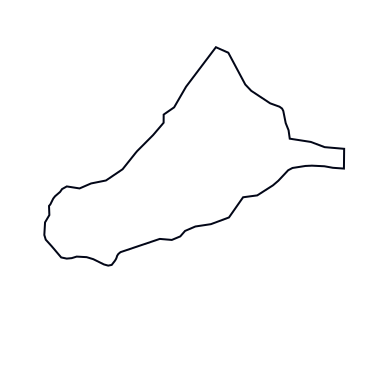 an SVG outline of Chirang, rotated 38°
{"feature_id": "BTN-2481", "entity_name": "Chirang", "entity_type": "District", "adm_level": 1, "iso_a3": "BTN", "parent_name": "Bhutan", "parent_adm1": "", "projection": "orthographic", "projection_center": [90.138, 26.993], "detail": "fine", "context": "isolated", "style": "outline", "palette": "ink", "viewbox_px": 384, "rotation_deg": 38, "n_neighbors": 0, "source": "natural_earth", "source_scale": "10m", "svg_char_len": 989}
<svg xmlns="http://www.w3.org/2000/svg" viewBox="0 0 384 384"><g transform="rotate(38 192 192)"><path d="M134.9,59.9L167.8,74.5L176.4,75.8L199.0,74.0L208.5,70.9L211.6,70.8L214.0,71.9L223.4,80.0L230.1,83.9L236.2,89.8L254.8,79.4L268.9,75.0L285.3,64.3L297.3,80.0L288.1,86.2L280.5,90.2L270.3,97.4L265.4,101.6L256.4,111.2L254.4,115.6L253.1,130.0L251.7,136.9L245.5,154.5L235.5,164.7L236.8,189.3L226.7,205.7L215.9,217.1L210.5,226.9L210.1,234.2L205.6,242.2L195.5,248.8L172.7,283.4L172.1,286.2L172.3,288.4L173.0,290.2L173.4,291.8L173.6,293.7L173.6,298.9L171.3,301.6L167.2,303.3L155.6,305.7L149.1,308.2L140.9,313.9L137.9,318.2L134.3,321.6L129.2,324.1L114.7,321.1L106.1,319.6L102.1,316.8L94.9,306.4L93.8,298.0L87.9,291.0L88.0,289.0L86.7,282.6L86.7,279.7L88.0,273.1L87.8,269.7L89.9,264.7L101.2,258.4L107.2,247.4L117.1,235.9L123.3,216.8L123.5,196.0L123.6,193.5L126.3,171.1L127.0,154.9L122.0,148.4L125.8,136.3L122.5,112.7L121.7,63.2L134.9,59.9Z" fill="none" stroke="#020617" stroke-width="2"/></g></svg>